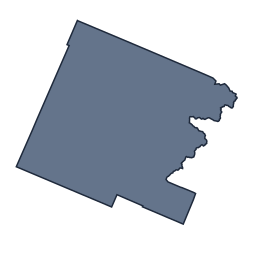 outline of Grant, Oregon, United States of America, rotated 23°
{"feature_id": "52423323B75310432732693", "entity_name": "Grant", "entity_type": "district", "adm_level": 2, "iso_a3": "USA", "parent_name": "United States of America", "parent_adm1": "Oregon", "projection": "robinson", "projection_center": [-118.403, 44.478], "detail": "fine", "context": "isolated", "style": "filled", "palette": "slate", "viewbox_px": 256, "rotation_deg": 23, "n_neighbors": 0, "source": "geoboundaries", "source_scale": "gbopen_adm2", "svg_char_len": 3613}
<svg xmlns="http://www.w3.org/2000/svg" viewBox="0 0 256 256"><g transform="rotate(23 128 128)"><path d="M39.4,48.8L39.3,75.1L41.6,75.1L40.8,154.1L40.8,167.4L40.3,207.3L143.8,207.1L143.9,193.7L172.1,193.9L172.1,194.9L201.6,194.9L216.4,194.9L216.2,168.5L215.8,161.9L214.3,161.7L207.8,161.7L200.9,161.8L199.6,162.0L195.3,162.0L189.1,162.0L185.9,162.0L183.2,160.6L183.0,158.5L183.3,157.4L183.7,156.9L184.1,156.7L184.3,156.0L184.6,155.4L184.9,154.7L185.2,153.7L185.5,152.9L186.0,152.4L186.3,152.2L186.8,151.8L186.7,150.2L187.4,149.7L188.0,149.0L188.6,147.7L189.6,147.4L190.4,147.3L190.8,146.7L191.0,146.3L191.1,145.3L191.5,144.5L193.1,144.0L193.7,144.0L194.1,144.0L194.0,143.5L193.5,142.8L192.6,142.0L192.0,141.0L191.9,140.3L191.6,140.0L191.2,140.1L190.9,139.9L190.9,139.0L191.4,138.3L191.6,137.5L192.0,137.0L192.3,136.1L192.8,135.3L192.7,134.2L192.7,133.3L192.5,132.2L193.1,131.4L193.5,131.6L194.5,131.6L195.1,131.1L195.7,131.0L196.3,131.1L196.9,130.9L197.5,130.5L197.9,130.6L198.4,130.4L198.9,129.8L199.4,129.4L199.9,128.7L199.6,128.4L199.8,127.6L199.7,126.4L199.3,125.1L198.9,124.3L198.5,123.9L198.3,123.5L198.3,122.8L198.7,121.8L199.0,121.2L198.7,120.5L198.7,119.8L199.3,119.0L199.7,118.9L200.2,118.8L200.8,118.0L201.2,117.2L201.5,117.1L201.6,116.8L201.6,116.5L201.8,115.7L202.1,115.2L202.4,114.7L202.8,114.5L203.5,114.6L204.0,114.9L204.4,115.1L204.7,114.7L205.3,114.1L205.4,113.4L205.7,113.1L205.6,112.6L206.1,112.1L206.5,111.5L206.0,110.5L205.9,109.7L205.2,108.6L204.0,108.0L203.6,107.9L202.8,107.7L202.6,107.1L202.3,106.3L202.1,105.7L202.2,105.2L202.2,104.7L201.3,104.0L200.8,103.4L199.5,103.2L198.2,102.2L197.5,102.3L196.9,102.5L196.1,102.7L195.3,102.6L194.8,102.8L194.2,102.8L193.9,102.6L193.6,102.3L192.8,101.8L192.5,101.4L191.8,100.9L191.2,101.2L190.6,101.0L189.8,101.4L189.1,101.4L187.9,100.7L186.6,100.6L185.7,99.9L185.2,99.8L184.5,99.5L183.8,99.6L183.0,99.2L182.4,99.2L182.4,98.8L181.9,97.6L181.3,95.9L180.7,94.8L180.6,93.4L180.8,93.2L181.7,93.0L182.6,92.6L183.2,92.3L183.4,92.1L183.8,91.9L184.1,92.2L184.9,92.4L185.9,92.7L186.2,93.2L186.7,93.2L186.8,93.1L187.1,93.0L187.5,92.8L187.7,92.5L187.8,91.9L187.9,91.6L189.2,90.7L189.4,90.5L190.0,90.4L190.6,90.7L191.5,91.0L192.4,91.0L192.8,90.6L192.9,90.1L193.5,89.8L194.1,90.0L194.7,90.2L195.0,90.0L195.5,90.0L195.9,89.5L196.7,88.5L197.1,88.0L197.4,87.6L198.1,87.1L199.2,86.8L200.2,87.1L200.7,87.1L202.4,87.2L203.7,87.4L204.4,87.6L205.3,87.3L206.5,87.1L207.3,86.9L208.1,86.9L208.6,86.4L209.1,85.4L208.7,84.2L209.0,83.7L209.3,83.4L209.2,82.7L208.8,82.1L208.3,81.4L208.2,80.9L208.2,80.6L208.1,80.2L207.7,79.6L207.6,79.4L207.6,79.0L207.8,78.8L207.7,78.3L207.8,77.6L208.1,77.2L208.0,76.7L207.7,76.2L207.0,76.0L206.7,75.8L206.6,75.5L206.3,75.3L206.1,75.1L206.2,74.8L206.4,74.3L206.2,73.9L205.7,73.7L205.3,73.4L205.5,73.0L206.1,72.5L206.5,72.1L206.6,71.5L207.3,71.2L208.1,70.6L208.1,70.3L208.1,69.7L207.9,69.4L208.1,69.0L208.3,68.8L208.8,68.6L209.8,68.6L210.4,68.5L211.0,68.2L211.5,68.3L211.8,68.4L212.3,68.7L213.0,68.8L213.4,68.8L213.7,68.8L214.6,69.1L215.5,69.1L216.1,68.8L216.3,68.4L216.2,67.9L216.4,67.4L216.5,67.3L216.5,66.8L216.2,66.3L215.8,65.2L215.8,64.3L215.2,63.5L215.4,62.7L215.2,62.4L215.3,61.9L215.7,61.6L216.1,61.1L216.1,60.4L215.9,60.1L215.8,59.7L216.3,59.3L216.3,59.1L216.5,58.3L216.7,58.0L216.6,57.6L216.3,57.3L216.1,57.1L215.7,57.2L215.2,57.0L214.8,56.8L214.4,56.7L214.2,56.2L214.3,55.6L214.3,55.2L214.3,54.7L214.2,54.5L210.4,54.5L209.6,53.5L207.5,54.1L205.1,51.8L201.7,50.1L199.6,49.5L196.3,52.4L194.6,51.7L190.8,53.8L190.6,50.4L186.7,48.8L180.6,48.7L101.7,48.7L40.0,48.9L39.4,48.8Z" fill="#64748b" stroke="#1e293b" stroke-width="1.5"/></g></svg>